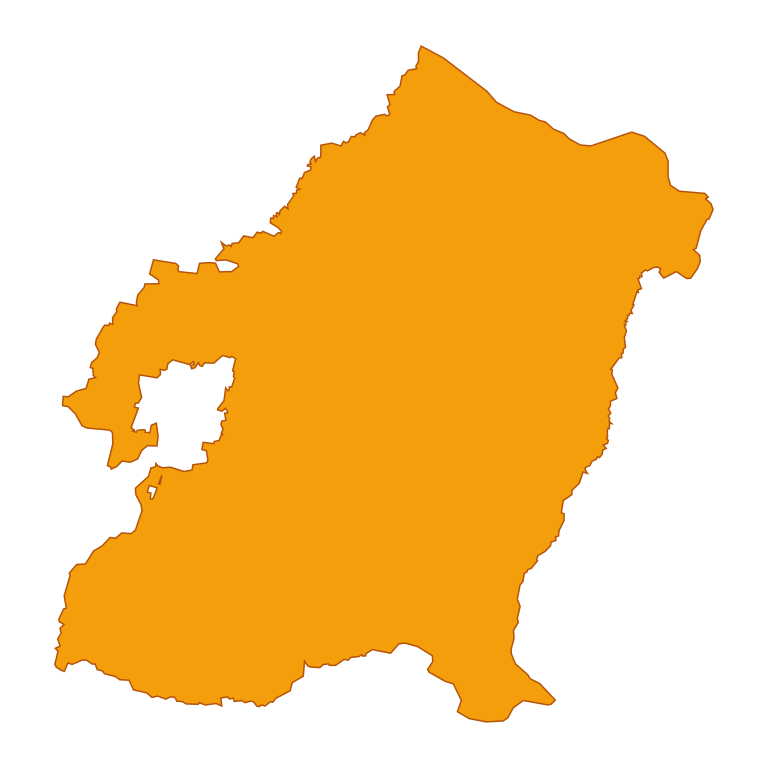 Madiun, Jawa Timur, Indonesia
{"feature_id": "22746128B56340035124164", "entity_name": "Madiun", "entity_type": "district", "adm_level": 2, "iso_a3": "IDN", "parent_name": "Indonesia", "parent_adm1": "Jawa Timur", "projection": "mercator", "projection_center": [111.63, -7.612], "detail": "fine", "context": "isolated", "style": "filled", "palette": "amber", "viewbox_px": 768, "rotation_deg": 0, "n_neighbors": 0, "source": "geoboundaries", "source_scale": "gbopen_adm2", "svg_char_len": 6072}
<svg xmlns="http://www.w3.org/2000/svg" viewBox="0 0 768 768"><path d="M421.2,46.1L418.4,53.0L418.5,61.6L415.9,66.1L416.7,68.7L408.2,70.2L404.7,75.2L402.1,75.6L400.0,86.3L394.1,91.4L394.7,94.5L387.1,94.7L390.0,104.7L387.4,106.7L389.8,114.2L388.9,115.3L386.1,115.8L384.7,114.3L375.8,116.2L372.3,120.2L368.3,129.5L364.3,133.1L364.8,135.0L360.3,132.8L355.5,135.3L355.3,136.8L351.3,136.5L348.4,142.0L345.9,142.8L343.5,141.3L341.0,146.0L331.8,143.1L320.9,145.2L320.8,156.9L317.5,158.2L315.7,161.7L314.3,156.2L311.1,158.9L309.9,162.0L311.2,164.1L307.9,164.5L307.4,166.0L310.9,166.8L310.7,169.9L304.5,172.6L302.1,178.5L299.7,178.1L296.2,187.3L299.8,189.3L296.7,190.0L296.3,193.3L292.8,193.5L293.8,195.6L287.5,204.6L288.0,208.8L284.6,206.3L279.9,211.0L279.5,214.5L277.6,212.5L276.2,213.2L277.0,216.7L273.6,215.4L273.3,218.4L270.8,218.0L270.3,222.8L278.3,227.7L281.5,231.3L281.1,233.5L278.5,232.5L274.0,236.2L262.7,231.3L261.1,233.1L257.1,232.2L253.0,237.7L243.7,235.9L238.6,242.9L232.2,243.4L231.0,246.5L229.6,245.1L225.9,245.8L221.3,242.3L223.9,248.8L215.3,258.9L216.4,260.6L226.0,259.9L237.7,263.8L238.6,266.5L231.7,271.6L219.3,271.9L215.5,263.2L209.4,262.6L199.6,263.3L197.1,273.5L179.0,271.7L177.8,269.5L178.6,266.1L175.9,263.5L153.5,259.8L149.6,273.9L158.4,279.9L158.8,283.7L144.9,284.0L144.0,287.7L137.8,294.9L136.3,302.5L137.2,305.7L120.0,302.2L116.2,309.2L117.1,311.3L112.6,317.6L112.7,324.2L109.5,323.2L108.8,325.5L105.1,325.1L103.5,326.5L96.2,339.4L95.5,344.4L99.3,352.5L97.1,357.9L91.7,362.5L90.2,367.6L92.8,368.3L93.3,375.5L95.6,377.6L88.9,379.2L86.1,388.4L76.4,391.1L68.3,396.8L63.2,396.4L62.6,405.7L68.1,406.6L75.2,413.6L82.1,425.8L86.9,428.0L109.6,430.1L112.4,432.4L112.9,443.6L107.4,465.6L110.6,467.0L111.3,469.1L116.7,466.5L122.0,461.1L130.4,462.2L137.7,458.9L141.6,450.6L147.4,445.7L157.0,445.9L158.1,436.3L156.3,423.1L151.3,425.3L149.9,432.7L145.2,432.3L145.1,430.0L143.0,429.7L137.3,430.3L136.3,432.3L132.8,431.1L134.4,430.2L131.1,427.7L138.4,408.1L134.4,407.1L135.5,403.1L138.2,403.1L141.6,397.5L138.5,383.1L139.5,374.9L157.1,377.8L160.5,374.5L160.2,369.2L163.9,370.3L166.8,369.3L167.8,363.8L172.7,359.8L189.4,364.5L193.5,361.7L194.1,364.6L190.5,365.7L191.7,368.8L195.2,367.6L198.4,362.6L199.9,365.7L202.3,366.4L204.4,362.9L213.8,363.1L222.6,355.5L230.1,357.6L231.9,356.4L235.6,358.7L232.6,370.9L234.2,371.6L233.4,376.6L234.7,377.9L231.7,387.1L229.2,386.8L229.1,390.2L227.8,390.9L225.7,387.8L224.0,400.6L217.7,408.7L217.7,410.0L222.2,411.1L225.5,408.3L227.5,411.3L227.5,412.9L224.6,413.2L225.9,420.3L221.8,421.1L220.9,424.1L223.0,429.4L221.2,433.3L222.8,434.4L221.0,435.4L219.2,440.4L214.2,441.5L213.8,443.7L203.2,442.3L201.9,449.6L206.4,450.7L207.9,460.0L206.8,462.8L192.9,464.8L192.1,470.0L184.1,471.5L170.3,467.2L162.7,467.8L158.1,466.1L155.9,463.5L155.7,466.7L150.9,468.0L148.6,476.2L135.4,488.3L135.9,494.9L141.0,504.5L142.0,510.9L135.4,530.2L131.1,533.6L121.7,533.0L115.6,538.2L110.0,537.5L102.2,545.9L93.6,550.9L85.4,564.0L76.7,564.5L69.2,573.2L70.2,575.1L64.2,595.8L66.3,608.2L63.6,609.0L58.7,619.6L59.5,621.9L64.1,624.3L60.0,628.3L61.1,633.2L57.7,638.9L60.1,646.1L55.3,648.3L58.0,651.2L54.9,664.3L56.1,667.0L60.6,670.0L64.4,671.4L67.9,663.0L72.2,664.4L82.2,660.1L86.8,660.2L92.1,664.0L95.2,664.1L97.3,669.7L102.4,670.9L104.3,673.6L115.6,676.6L119.7,679.7L129.1,680.2L133.5,689.9L146.6,692.8L152.0,697.4L157.7,696.1L165.8,699.1L170.4,696.9L174.7,697.2L176.9,701.2L182.5,701.6L186.2,703.9L198.1,704.3L199.5,702.7L205.2,705.0L216.1,703.5L221.7,706.0L220.9,697.9L227.7,697.0L229.4,699.0L233.2,698.2L234.2,701.4L241.8,700.6L244.8,702.6L251.1,701.1L253.6,701.9L256.8,706.1L259.5,706.6L261.4,704.9L265.1,706.0L270.4,701.8L272.9,702.2L275.7,698.4L290.1,690.8L292.3,682.6L303.3,676.2L304.5,661.1L307.6,665.8L310.9,667.1L319.7,667.6L323.5,664.5L328.4,663.9L329.3,665.3L335.5,665.4L344.1,659.4L348.3,660.2L350.5,657.5L359.2,656.5L361.9,654.6L362.9,656.2L365.8,655.8L365.7,653.9L372.1,649.6L390.6,653.2L399.0,643.8L405.0,643.1L417.7,646.6L432.3,655.7L432.8,661.5L427.6,669.4L429.1,672.2L444.8,681.1L453.3,683.9L461.4,700.4L457.4,711.7L469.2,718.6L486.3,721.9L503.4,720.9L508.0,717.6L513.1,708.0L523.2,700.5L547.8,704.9L550.9,704.3L555.3,700.1L539.6,683.5L530.2,678.8L527.9,674.9L515.4,663.8L511.5,654.3L511.0,649.8L514.0,638.4L513.5,630.3L518.3,622.5L517.3,618.4L520.1,606.4L517.3,599.1L520.1,584.8L522.8,581.8L524.4,573.2L527.1,571.8L527.7,569.4L531.0,568.6L537.5,560.7L536.5,559.3L538.1,555.4L544.9,551.6L550.6,545.6L551.0,542.2L556.0,540.4L555.5,537.1L558.5,536.0L559.0,530.8L564.1,520.2L564.1,513.8L561.3,512.7L563.3,500.5L571.8,494.7L572.0,490.3L579.3,483.2L583.0,472.0L587.4,473.4L585.1,469.6L585.5,467.3L589.7,465.7L592.1,461.2L596.4,459.2L597.5,456.6L599.4,457.6L602.0,454.6L602.9,449.9L606.2,448.4L603.3,444.9L607.5,443.4L608.3,440.4L606.3,438.3L607.5,437.4L607.3,430.7L608.1,428.4L609.4,428.7L609.4,423.4L611.7,423.6L609.0,421.2L609.7,418.2L608.1,416.0L610.8,413.2L608.5,409.2L610.5,405.5L610.4,401.3L616.9,398.4L615.4,392.7L617.9,387.9L611.8,374.3L612.3,369.8L610.8,369.2L619.3,357.8L621.8,357.7L621.3,353.7L623.1,353.1L623.3,349.1L625.5,347.4L624.3,337.7L626.4,331.0L624.3,324.9L625.9,324.9L625.4,323.0L627.2,321.4L625.1,320.9L627.7,318.4L627.4,315.5L629.0,315.4L629.6,313.3L632.3,313.4L630.9,310.6L634.0,305.0L632.8,304.3L637.0,291.7L638.4,292.4L638.0,289.7L641.4,288.8L638.0,278.7L639.6,278.3L639.6,276.3L641.9,276.8L641.4,273.1L645.5,269.9L647.4,270.9L654.0,267.3L657.9,267.2L660.6,268.6L659.1,272.2L663.7,278.1L676.4,271.6L686.6,278.5L690.7,278.2L697.4,268.7L700.2,261.7L699.7,255.4L693.4,249.6L696.2,248.2L700.8,230.6L707.0,219.5L709.0,219.0L713.1,209.6L710.9,203.5L705.6,198.9L708.2,197.1L704.8,193.4L679.3,191.2L670.5,185.3L668.1,176.7L668.1,161.2L665.0,153.2L644.5,136.3L631.8,132.1L591.0,145.9L580.3,145.0L569.4,139.0L563.7,133.4L553.5,129.2L545.5,122.0L538.8,120.2L530.7,115.2L513.9,111.7L496.5,102.3L486.9,91.3L443.3,57.9L421.2,46.1ZM157.1,487.9L153.9,496.7L152.3,499.3L150.3,498.8L150.9,493.0L147.3,492.1L149.3,485.4L157.1,487.9ZM161.9,475.2L160.0,484.3L158.5,483.9L161.9,475.2Z" fill="#f59e0b" stroke="#b45309" stroke-width="1.5"/></svg>